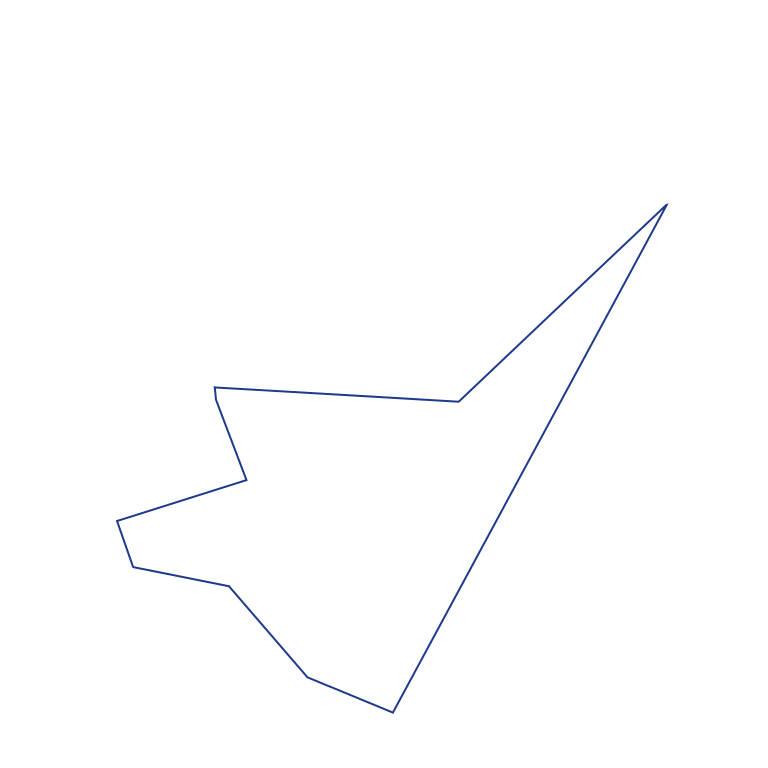 Zemam Out, Al Iskandariyah, Egypt, rotated 209°
{"feature_id": "37247803B99104887182997", "entity_name": "Zemam Out", "entity_type": "district", "adm_level": 2, "iso_a3": "EGY", "parent_name": "Egypt", "parent_adm1": "Al Iskandariyah", "projection": "orthographic", "projection_center": [29.809, 30.516], "detail": "fine", "context": "isolated", "style": "outline", "palette": "blue", "viewbox_px": 768, "rotation_deg": 209, "n_neighbors": 0, "source": "geoboundaries", "source_scale": "gbopen_adm2", "svg_char_len": 522}
<svg xmlns="http://www.w3.org/2000/svg" viewBox="0 0 768 768"><g transform="rotate(209 384 384)"><path d="M514.8,102.4L513.2,102.7L471.9,115.9L463.4,118.6L421.6,131.9L421.5,132.0L421.4,131.9L421.1,131.8L309.4,90.6L309.0,90.3L287.7,92.7L284.9,93.1L216.9,100.9L223.5,672.9L223.5,674.5L223.6,677.7L223.9,677.4L257.2,572.3L310.1,404.7L498.6,314.2L529.8,299.2L530.4,299.0L529.8,298.2L523.4,288.9L506.8,274.8L457.7,233.3L549.8,136.1L551.1,134.8L549.8,133.6L514.8,102.4Z" fill="none" stroke="#1e3a8a" stroke-width="2"/></g></svg>